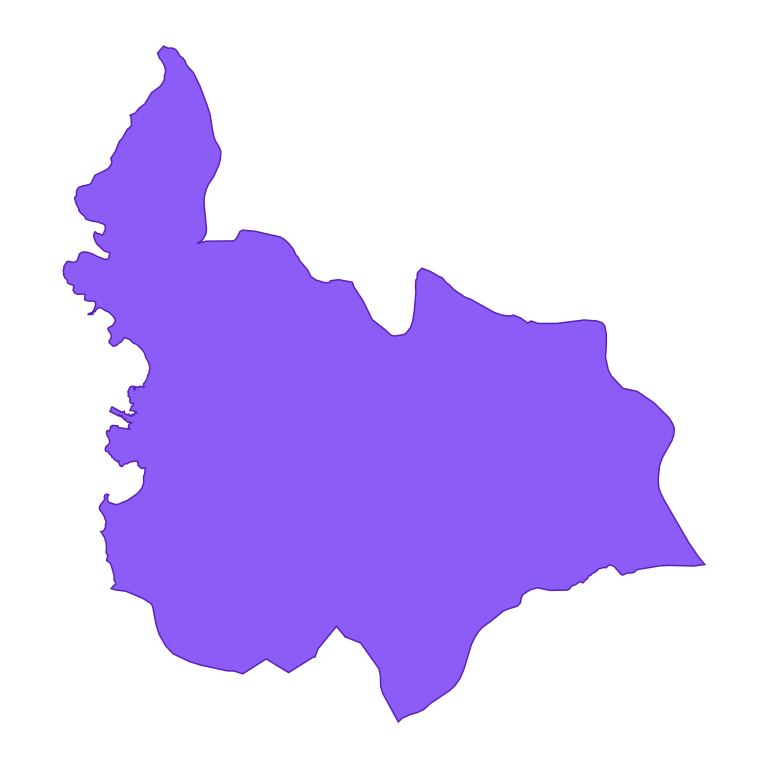 the district of Kota Bima, Nusa Tenggara Barat, Indonesia
{"feature_id": "22746128B33789977192923", "entity_name": "Kota Bima", "entity_type": "district", "adm_level": 2, "iso_a3": "IDN", "parent_name": "Indonesia", "parent_adm1": "Nusa Tenggara Barat", "projection": "robinson", "projection_center": [118.763, -8.441], "detail": "fine", "context": "isolated", "style": "filled", "palette": "violet", "viewbox_px": 768, "rotation_deg": 0, "n_neighbors": 0, "source": "geoboundaries", "source_scale": "gbopen_adm2", "svg_char_len": 6039}
<svg xmlns="http://www.w3.org/2000/svg" viewBox="0 0 768 768"><path d="M163.6,46.1L157.6,53.1L159.6,58.4L161.6,60.5L164.6,66.1L165.4,69.4L165.5,72.5L164.5,75.4L164.4,79.1L162.9,82.7L159.9,86.6L151.5,92.8L144.8,103.9L139.1,108.2L135.2,113.1L130.0,115.3L131.0,117.0L131.5,125.1L129.7,127.6L127.4,129.2L122.1,138.6L119.3,141.5L115.1,151.9L110.8,158.3L111.9,162.6L110.1,166.4L107.7,168.8L104.1,171.0L95.0,175.2L90.8,183.6L88.3,184.8L82.4,186.0L78.7,187.4L77.2,189.3L76.4,191.6L76.5,195.3L74.5,198.1L76.3,204.0L78.8,208.7L78.8,210.4L81.6,213.9L84.2,215.9L86.1,219.2L91.6,221.0L97.3,221.8L104.4,224.5L105.3,226.7L105.2,229.6L103.0,234.5L102.2,235.4L99.6,233.8L97.8,233.6L95.1,231.8L93.8,234.1L93.8,236.6L95.2,240.9L97.0,244.2L104.3,251.0L109.9,252.8L109.0,256.0L109.5,256.6L107.8,259.2L104.5,259.3L96.4,256.1L92.0,253.7L86.0,252.0L82.3,252.1L79.5,253.9L77.3,260.4L75.8,261.7L73.6,262.4L68.2,261.3L66.9,261.7L63.8,266.8L64.0,268.2L63.2,270.8L63.9,275.6L65.0,278.0L66.2,278.8L67.1,280.4L67.6,282.8L69.2,283.9L73.9,285.5L73.1,290.3L74.8,293.1L77.7,294.3L84.0,294.0L85.0,294.6L84.6,299.3L85.3,300.2L89.2,301.2L93.9,301.0L95.7,302.8L95.6,305.3L93.6,310.6L91.8,312.6L88.4,313.7L88.2,314.5L92.6,314.4L93.5,313.1L93.5,312.1L94.5,311.3L95.2,311.6L96.7,308.9L99.4,307.6L101.7,308.2L106.1,311.1L108.9,312.1L113.4,316.5L115.0,319.2L115.3,321.0L114.9,322.2L112.4,325.6L108.4,327.8L107.9,328.7L108.5,330.6L110.9,333.8L111.3,336.1L110.8,338.7L109.3,340.5L109.1,342.6L113.3,346.3L116.6,345.3L119.5,342.6L120.7,342.3L122.8,340.1L124.1,337.5L129.4,339.3L133.1,342.9L137.0,344.6L142.1,349.7L144.6,353.2L145.7,357.3L148.3,361.9L149.3,364.7L149.8,368.6L148.8,373.9L147.9,375.0L146.8,379.1L144.7,382.6L143.7,383.4L143.3,386.3L144.0,386.9L142.5,387.1L140.0,386.2L139.4,387.1L135.3,386.8L135.4,388.3L134.6,389.9L134.0,389.1L133.6,386.2L130.8,386.5L129.3,388.5L127.8,392.1L128.6,392.4L128.1,396.1L130.0,397.5L129.8,401.8L130.4,402.0L130.9,403.3L133.6,403.3L133.1,405.4L132.1,405.4L130.1,410.4L133.7,410.9L135.1,411.4L135.6,411.7L137.5,412.8L136.7,412.4L136.6,412.9L134.9,412.7L134.4,414.3L134.0,414.1L133.7,415.0L132.6,414.4L131.9,414.8L131.5,416.2L129.7,414.9L129.5,415.4L129.0,414.4L128.8,415.0L127.6,414.8L127.4,415.4L127.4,414.8L126.9,414.5L126.5,415.0L126.7,414.4L125.8,414.3L124.5,412.9L124.3,411.4L123.0,412.3L122.5,411.8L121.3,412.0L112.0,406.9L109.9,411.4L118.6,415.9L119.1,414.8L120.2,416.4L120.5,415.9L121.7,416.2L121.9,415.6L122.6,416.3L122.2,417.2L122.8,417.1L123.2,418.5L124.1,419.3L125.1,419.1L124.7,419.6L127.7,422.2L129.2,422.3L129.7,421.4L129.6,422.8L131.3,422.7L128.9,424.7L128.6,425.8L128.4,427.5L128.8,428.2L130.0,428.6L129.9,429.2L118.3,427.6L118.0,426.0L112.2,425.4L111.9,426.7L110.5,426.5L110.2,429.2L109.3,431.3L107.5,430.5L106.7,431.2L106.5,432.2L106.9,435.1L109.2,439.1L109.7,443.0L107.6,445.5L106.0,446.5L105.1,449.5L106.0,451.3L108.5,451.7L108.6,452.8L109.8,454.5L111.7,455.5L111.8,457.1L113.5,457.9L113.8,459.0L117.8,461.9L118.5,461.1L119.2,463.9L120.4,466.1L122.2,466.5L124.1,464.1L127.3,463.6L129.5,462.2L133.4,461.3L137.7,461.3L138.0,465.2L140.5,467.8L142.0,468.5L145.3,467.8L144.6,474.1L143.5,476.5L143.7,482.1L142.9,485.8L141.2,489.1L137.0,493.9L127.4,500.4L118.7,504.1L115.8,504.6L109.0,502.4L108.0,501.3L107.5,499.2L107.8,496.4L108.7,494.9L106.7,494.1L105.1,494.8L104.3,496.7L104.6,499.6L100.3,505.1L99.4,507.7L99.8,509.8L103.6,515.1L106.3,522.1L105.4,524.6L105.5,527.0L104.5,529.5L102.5,531.6L100.9,531.6L104.6,537.6L106.2,543.1L106.5,548.8L106.0,552.1L107.8,555.7L106.6,560.6L109.9,562.8L111.0,564.7L113.9,574.6L114.2,578.6L113.9,579.5L115.5,582.6L115.4,584.6L113.9,585.3L111.1,588.6L115.6,589.9L126.1,591.3L142.4,598.2L150.6,603.3L151.9,604.8L153.0,608.0L156.1,624.6L159.2,634.5L165.7,645.9L173.3,653.9L189.5,661.6L201.1,665.2L227.1,670.8L233.9,671.0L242.8,673.8L266.2,658.9L288.6,672.6L312.4,657.6L315.0,656.9L317.9,649.0L336.4,626.4L345.5,637.2L346.7,636.8L346.0,637.2L360.7,643.0L379.0,668.8L380.4,675.7L380.7,686.4L382.7,693.3L398.3,721.9L402.4,718.0L409.8,714.8L418.2,712.2L423.7,709.5L430.5,703.4L449.5,690.6L454.8,685.8L459.9,678.5L463.8,669.5L471.4,644.4L475.0,637.1L478.6,631.4L482.6,627.1L491.5,620.7L502.8,611.4L507.3,609.2L517.2,606.2L520.4,602.9L521.1,598.7L522.6,594.7L530.2,589.8L537.3,587.8L550.2,590.4L567.2,590.1L568.9,589.4L571.7,586.1L576.1,584.3L579.2,582.0L581.1,581.8L583.0,582.9L584.9,580.5L587.6,578.5L588.5,575.9L590.3,575.6L592.4,573.4L595.8,571.7L598.5,568.9L604.1,567.4L605.9,567.9L609.3,564.8L614.0,566.2L620.9,574.3L622.7,575.1L627.0,573.2L633.8,572.6L635.9,570.5L638.1,569.4L659.4,565.9L668.4,565.4L694.1,566.0L704.8,564.5L699.0,557.6L688.8,542.7L664.3,500.4L660.2,492.0L658.6,486.6L658.2,478.2L659.5,466.4L660.3,463.3L662.3,457.7L671.9,440.6L673.7,435.3L674.3,428.5L672.6,423.7L669.6,418.7L667.7,416.5L654.0,402.9L637.2,391.4L622.9,388.3L611.2,375.8L608.3,370.1L605.5,357.3L606.4,343.8L606.3,334.4L605.0,326.9L604.0,324.8L602.0,322.7L596.5,320.9L584.1,320.0L557.1,323.4L539.6,323.5L537.0,323.2L531.3,321.0L527.5,322.9L520.7,318.0L513.2,315.1L510.5,316.0L504.8,315.6L500.8,314.8L494.0,312.3L470.7,299.3L464.9,297.1L453.9,289.7L448.8,284.3L446.9,283.4L441.9,277.5L439.5,276.8L430.4,271.5L422.0,268.2L418.2,271.9L417.2,273.9L417.2,278.3L415.8,280.2L415.5,288.3L415.9,291.9L414.3,311.3L412.7,321.2L410.5,327.6L406.3,332.9L403.3,334.8L394.3,336.0L391.0,335.2L384.6,329.3L372.2,319.6L363.1,301.0L354.1,287.2L352.3,282.2L338.6,279.7L330.6,280.7L329.7,282.3L326.8,282.7L324.1,282.5L315.6,279.9L310.8,276.3L307.6,269.9L299.7,260.6L298.1,257.3L296.0,255.0L293.0,248.8L289.1,243.9L284.3,239.4L280.6,237.1L255.1,231.3L242.7,230.1L239.9,231.7L236.5,238.4L233.7,240.9L206.2,241.2L197.1,243.5L201.8,240.6L203.3,238.8L206.1,233.3L206.5,228.8L204.1,204.7L204.2,197.3L206.1,189.8L208.2,184.8L213.9,176.1L218.8,165.0L220.4,159.0L220.9,152.0L219.7,148.1L215.7,141.6L214.3,138.2L212.5,130.2L210.0,114.2L207.1,105.2L199.9,86.0L194.4,74.7L193.0,72.2L187.6,66.3L185.8,63.3L185.1,61.0L182.9,58.1L180.2,56.2L177.0,51.0L175.1,49.2L172.0,48.0L168.0,48.2L163.6,46.1Z" fill="#8b5cf6" stroke="#5b21b6" stroke-width="1.5"/></svg>